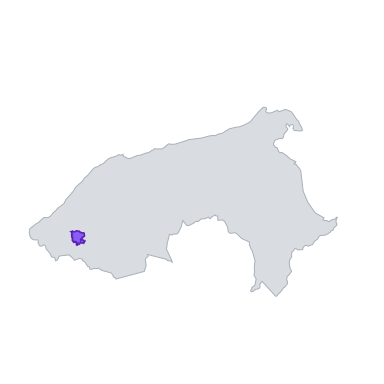 Lampa, Puno, Peru (highlighted), rotated 104°
{"feature_id": "86281439B39417167218696", "entity_name": "Lampa", "entity_type": "district", "adm_level": 2, "iso_a3": "PER", "parent_name": "Peru", "parent_adm1": "Puno", "projection": "orthographic", "projection_center": [-70.526, -15.382], "detail": "fine", "context": "in_parent", "style": "filled", "palette": "violet", "viewbox_px": 384, "rotation_deg": 104, "n_neighbors": 0, "source": "geoboundaries", "source_scale": "gbopen_adm2", "svg_char_len": 7237}
<svg xmlns="http://www.w3.org/2000/svg" viewBox="0 0 384 384"><g transform="rotate(104 192 192)"><path d="M274.4,109.8L274.3,110.8L273.0,111.3L271.8,110.6L270.0,110.8L267.3,108.4L260.8,108.7L257.9,111.6L253.6,112.2L249.0,113.6L243.7,114.1L235.3,118.8L233.4,120.6L229.7,123.4L226.6,124.3L225.1,132.6L222.2,137.5L221.0,140.2L222.6,144.1L222.6,146.1L221.0,147.7L219.6,147.9L216.7,149.6L212.5,153.4L211.8,156.2L213.2,159.9L212.7,160.4L209.2,161.1L209.4,163.2L208.7,164.0L211.6,167.0L213.3,167.6L213.4,168.4L213.1,169.2L212.4,169.5L212.4,170.2L214.5,172.4L216.1,176.8L219.2,178.9L219.3,180.4L220.2,181.8L221.8,182.8L225.5,187.2L225.6,189.3L221.8,194.1L228.2,194.0L235.2,195.6L236.2,196.3L237.1,198.5L237.2,199.9L238.6,201.0L238.5,203.6L247.7,203.6L253.7,202.9L263.5,194.9L265.0,194.3L264.2,196.0L264.1,197.3L264.6,198.6L263.5,200.6L263.4,220.0L265.1,219.0L267.4,220.8L269.1,220.9L274.4,218.7L280.6,219.1L294.8,244.6L293.5,246.3L293.6,247.6L291.8,248.7L290.1,250.8L289.9,260.9L288.4,264.0L289.3,265.6L290.0,268.8L291.3,270.7L291.6,272.0L291.5,272.5L289.5,273.5L289.3,275.4L285.8,279.0L285.1,281.4L283.8,282.2L283.5,285.0L286.7,289.5L284.7,292.2L282.8,296.1L285.9,304.5L287.2,305.7L288.6,305.6L290.7,306.4L291.8,307.6L289.2,309.2L288.8,309.9L289.0,312.6L286.1,314.7L282.4,319.9L281.3,320.2L279.4,321.7L279.1,322.5L279.4,323.3L281.0,324.8L281.2,326.8L278.4,329.1L276.5,329.3L275.8,330.0L276.6,333.2L276.6,334.7L276.0,336.4L274.6,338.2L270.6,340.2L266.9,340.5L260.7,335.7L258.8,333.7L252.6,329.6L251.6,325.4L249.5,323.3L245.7,321.7L242.6,319.5L240.3,318.5L234.7,313.7L229.5,312.3L219.9,307.3L214.8,305.7L208.1,301.0L204.5,299.8L201.6,297.6L192.8,293.1L191.4,291.6L190.0,289.3L188.1,287.9L185.8,284.8L182.5,283.0L179.4,280.6L175.4,274.0L173.6,272.5L173.4,269.5L172.1,268.1L173.9,267.1L175.0,262.3L174.3,260.0L169.7,253.7L168.8,251.1L165.5,246.3L164.2,243.5L161.6,241.4L160.4,239.6L159.0,238.9L158.8,236.6L157.7,232.4L156.3,230.3L151.0,226.5L150.4,222.1L149.2,219.1L141.7,207.1L137.2,195.5L133.6,189.1L132.0,185.4L131.9,183.4L129.2,180.1L127.7,176.9L121.7,171.1L118.2,164.4L117.6,162.4L115.3,158.8L111.4,154.1L109.5,152.3L98.1,146.9L92.7,143.5L92.1,141.6L92.3,140.5L93.5,139.5L95.1,140.2L96.1,139.8L96.8,138.4L96.8,136.4L95.8,133.9L92.1,129.1L93.0,126.8L89.2,121.2L90.0,115.5L90.8,114.1L96.2,108.1L97.7,105.6L100.0,104.0L102.4,101.6L105.3,99.7L106.1,100.3L107.0,103.3L106.9,105.3L107.7,107.5L105.7,109.6L103.6,109.3L102.7,109.9L102.4,110.8L102.8,112.4L103.3,113.0L105.0,113.0L102.8,116.1L103.0,116.6L104.5,117.1L106.0,116.3L107.5,114.5L108.4,114.2L114.0,116.9L116.6,116.4L118.6,117.7L118.8,119.8L121.6,123.9L125.8,124.7L126.5,124.3L127.4,122.7L128.3,122.5L128.4,120.1L132.0,117.5L132.5,115.8L132.0,114.7L132.1,113.7L134.1,108.2L134.8,107.6L135.4,105.8L136.2,104.7L137.4,98.6L138.4,98.6L139.3,100.0L140.4,99.5L139.8,98.2L140.0,97.7L143.9,92.7L145.2,91.6L164.4,84.3L174.0,77.1L182.5,67.3L185.1,57.6L186.1,58.2L187.7,58.0L187.2,54.1L187.6,52.2L187.5,51.7L184.8,49.4L183.8,46.9L181.4,45.5L181.5,44.9L184.0,45.4L186.2,45.1L188.1,43.5L189.5,43.6L192.7,45.7L195.0,45.9L195.8,47.4L198.1,48.5L201.3,51.8L202.8,55.4L202.7,56.1L204.2,57.9L207.3,58.8L210.5,61.4L213.7,62.2L215.2,64.6L216.1,65.4L216.5,66.8L216.0,68.4L216.5,69.3L218.9,70.7L221.0,70.7L221.4,71.4L222.6,75.4L221.8,77.4L222.1,78.6L224.8,79.5L225.6,80.4L227.7,80.5L230.8,79.6L234.6,80.8L237.5,80.4L238.8,80.0L240.2,79.1L241.3,79.1L244.3,76.6L245.1,76.3L248.3,77.5L251.0,79.2L254.3,78.9L255.6,77.8L258.0,77.2L262.3,79.3L263.3,80.3L264.4,80.5L269.1,82.7L269.9,83.6L272.3,84.4L272.8,85.1L272.7,85.9L261.8,102.4L265.2,103.8L268.3,103.0L269.9,104.1L271.1,106.8L273.6,108.6L274.4,109.8Z" fill="#d9dde1" stroke="#a8b0b8" stroke-width="1"/><path d="M266.3,284.3L266.1,284.4L266.0,284.5L266.1,284.4L265.9,284.4L265.7,284.2L265.8,284.2L265.7,284.1L265.6,284.3L265.6,284.5L265.5,284.9L265.4,285.1L265.1,285.2L265.1,285.4L265.0,285.6L265.2,285.8L265.2,286.0L264.9,286.4L264.8,286.6L264.9,286.9L264.9,287.0L265.0,286.9L265.1,287.1L265.1,287.5L265.2,287.8L265.4,287.9L265.5,287.9L265.5,288.0L265.4,288.0L265.2,288.3L265.1,288.6L264.9,288.7L264.7,288.7L264.6,288.4L264.4,288.2L264.5,288.1L264.4,287.9L264.2,287.6L263.9,287.5L263.7,287.6L263.4,287.6L263.2,287.7L262.8,287.5L262.8,287.4L262.6,287.5L262.4,287.6L262.3,287.4L262.4,287.2L262.4,286.9L262.2,286.8L262.1,286.7L261.9,286.5L261.8,286.4L261.7,286.3L261.6,286.1L261.4,286.1L261.1,286.0L261.0,285.9L260.8,285.8L260.6,285.8L260.5,285.6L260.4,285.6L260.2,285.8L259.9,286.0L259.7,286.2L259.6,286.3L259.4,286.2L258.9,286.3L258.7,286.5L258.4,286.5L258.2,286.6L257.9,286.8L257.8,287.1L258.0,287.3L258.1,287.6L258.1,287.9L258.0,288.0L258.1,288.4L258.2,288.5L258.2,288.8L258.3,288.9L258.3,289.0L258.2,289.4L258.1,289.5L258.1,289.8L258.2,290.0L258.3,290.1L258.5,290.3L258.5,290.5L258.4,290.8L258.1,290.8L258.0,290.7L257.7,291.0L257.4,291.7L257.2,292.0L257.3,292.5L257.5,292.7L257.7,292.8L257.8,293.0L257.8,293.3L257.7,293.5L257.5,293.8L257.6,294.1L257.5,294.3L257.6,294.5L257.6,294.8L257.7,295.0L257.8,295.1L258.0,295.4L258.3,295.5L258.6,295.7L258.7,295.8L258.8,295.8L259.1,296.1L259.1,296.4L259.1,296.6L259.1,296.8L259.2,297.1L259.3,297.2L259.3,297.3L259.3,297.7L259.0,297.8L258.9,297.9L258.9,298.0L258.7,298.3L258.8,298.4L259.0,298.7L259.0,298.8L259.2,299.1L259.5,299.5L259.5,299.4L259.8,299.3L259.9,299.1L260.1,299.0L260.1,298.9L260.4,298.8L260.5,298.8L260.7,298.7L261.0,298.4L261.3,298.4L261.3,298.5L261.4,298.4L261.5,298.4L261.8,298.3L262.1,298.5L262.3,298.5L262.3,298.4L262.4,298.5L262.6,298.6L262.9,298.5L263.0,298.4L263.1,298.2L263.4,297.9L263.5,297.8L263.9,298.0L264.0,298.0L264.0,297.8L264.2,297.7L264.3,297.7L264.5,297.4L264.6,297.5L264.8,297.7L265.0,297.6L264.9,297.5L264.9,297.4L265.0,297.3L265.1,297.1L265.2,296.8L265.4,296.8L265.4,296.7L265.6,296.7L265.8,296.7L266.1,296.4L266.3,296.4L266.5,296.5L266.8,296.7L267.0,296.6L267.3,296.6L267.6,296.5L267.8,296.5L267.9,296.1L268.0,296.1L268.1,295.9L268.3,295.9L268.4,295.7L268.5,295.6L268.5,295.4L268.6,295.5L268.7,295.3L268.8,295.3L268.8,295.2L269.0,295.1L269.1,294.9L269.3,294.8L269.4,294.7L269.5,294.6L269.4,294.4L269.5,294.4L269.4,294.4L269.3,294.2L269.3,293.9L269.1,293.7L268.9,293.6L269.0,293.3L269.0,293.2L268.9,293.3L268.8,293.2L268.7,293.1L268.5,292.9L268.4,292.9L268.5,292.7L268.4,292.7L268.2,292.5L268.2,292.4L268.3,292.2L268.5,292.0L268.7,291.9L269.1,292.0L269.3,292.0L269.4,291.8L269.4,291.7L269.1,291.4L269.1,291.1L269.2,290.9L269.2,290.7L269.4,290.8L269.6,291.0L269.8,291.1L270.0,291.1L270.1,291.3L270.2,291.5L270.4,291.5L270.6,291.6L270.9,291.6L271.1,291.4L271.0,290.9L271.3,290.7L271.2,290.6L271.2,290.4L270.8,290.5L270.4,290.4L270.3,290.2L270.3,289.7L270.0,289.7L270.0,289.1L270.0,288.8L269.4,288.3L269.1,288.3L268.2,288.3L268.0,288.2L267.9,288.2L268.0,288.1L268.0,287.9L267.9,287.9L268.1,287.8L268.0,287.7L267.9,287.7L268.1,287.5L268.1,287.4L267.9,287.5L267.9,287.4L268.0,287.1L268.0,286.9L268.1,286.7L267.9,286.3L268.0,286.3L268.0,286.2L267.9,286.2L268.1,286.1L267.9,285.8L267.8,285.7L267.7,285.6L267.5,285.4L267.7,285.5L267.7,285.4L267.6,285.2L267.5,285.3L267.4,285.2L267.5,285.1L267.4,285.1L267.2,285.0L267.2,284.9L267.1,285.0L266.9,284.9L266.8,284.7L266.7,284.7L266.6,284.8L266.5,284.7L266.4,284.5L266.2,284.4L266.3,284.3Z" fill="#8b5cf6" stroke="#5b21b6" stroke-width="1.5"/></g></svg>